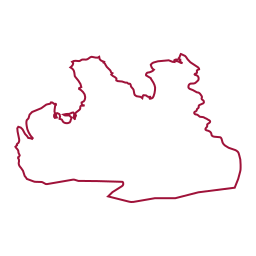 map outline of Norðurland vestra (Robinson projection)
{"feature_id": "ISL-697", "entity_name": "Norðurland vestra", "entity_type": "Region", "adm_level": 1, "iso_a3": "ISL", "parent_name": "Iceland", "parent_adm1": "", "projection": "robinson", "projection_center": [-19.727, 65.454], "detail": "fine", "context": "isolated", "style": "outline", "palette": "rose", "viewbox_px": 256, "rotation_deg": 0, "n_neighbors": 0, "source": "natural_earth", "source_scale": "10m", "svg_char_len": 5300}
<svg xmlns="http://www.w3.org/2000/svg" viewBox="0 0 256 256"><path d="M18.2,157.2L19.0,156.8L19.7,155.3L18.5,152.8L18.3,151.1L18.1,150.4L17.4,149.3L16.0,147.7L15.4,146.8L16.6,145.6L17.0,145.3L16.8,144.4L17.3,143.7L18.1,143.2L18.7,142.5L19.2,140.9L19.2,139.5L17.6,131.6L17.3,128.3L18.3,126.8L20.8,127.6L22.6,129.4L25.0,133.9L27.3,136.4L27.7,137.1L28.2,137.9L31.0,138.4L32.1,138.9L32.7,138.1L30.6,135.7L28.7,132.5L27.3,129.1L26.7,126.0L26.4,123.6L26.4,121.9L26.7,120.3L27.1,119.8L28.1,118.8L28.5,118.3L29.4,115.3L29.6,114.6L32.1,112.0L41.3,108.2L46.3,104.6L47.8,104.2L49.4,103.9L50.5,103.5L50.8,102.5L51.9,102.4L52.6,102.7L54.1,103.9L54.5,103.9L55.5,103.8L55.8,103.9L56.0,104.8L55.8,105.1L55.4,105.1L55.2,105.4L54.6,109.6L54.5,111.7L55.1,113.2L54.1,115.0L54.1,116.8L54.9,117.9L56.8,117.5L55.9,115.6L56.1,113.9L57.1,113.1L59.0,113.9L59.7,114.6L59.8,115.0L59.8,115.6L60.1,116.8L59.7,117.6L59.6,118.3L59.6,118.9L59.8,118.9L61.4,119.4L61.8,119.6L62.4,120.5L62.7,121.2L63.1,121.8L64.0,122.5L64.9,122.9L65.8,123.1L66.9,123.2L67.9,123.1L68.2,123.0L69.7,122.4L70.4,121.3L70.8,119.7L71.8,117.5L70.9,117.1L69.6,115.7L68.7,115.4L65.9,115.5L64.6,115.3L63.5,114.6L66.2,114.0L68.7,113.9L69.8,113.7L72.0,112.7L73.2,112.5L74.2,113.5L73.9,118.1L75.1,119.6L74.8,117.9L75.5,116.7L76.0,115.5L75.1,113.9L76.0,112.5L78.6,110.5L79.9,109.3L80.2,108.5L80.3,106.8L80.7,106.0L81.5,105.6L83.0,105.7L84.6,105.4L82.8,105.2L81.7,103.9L81.6,102.5L82.7,101.8L83.7,101.4L84.5,100.3L85.0,98.8L85.2,97.1L84.6,94.4L83.0,92.0L81.0,90.1L79.1,89.0L79.1,88.2L81.3,87.1L80.5,84.1L78.4,80.7L75.4,77.0L74.8,76.1L74.3,72.5L73.8,70.7L73.0,69.4L71.8,68.3L70.4,67.4L71.6,66.4L72.8,64.8L73.2,63.1L72.1,61.8L73.8,61.0L75.7,60.8L79.0,61.1L79.8,60.9L81.3,60.0L82.1,59.6L83.1,59.5L86.0,59.6L87.5,59.2L90.4,57.2L91.7,56.8L95.7,57.6L96.5,57.6L97.5,57.7L99.2,56.8L99.6,59.0L100.7,60.3L102.2,61.1L104.1,61.8L103.6,62.6L104.4,63.0L105.0,63.8L105.8,65.3L106.8,66.9L110.2,70.3L110.7,71.2L111.0,72.1L111.4,72.7L112.4,73.2L112.1,73.5L111.6,74.3L111.3,74.6L112.9,76.0L114.9,77.1L116.4,78.4L116.3,80.4L117.7,81.1L122.1,81.5L125.3,82.6L126.3,82.6L127.2,82.7L128.2,83.6L128.6,83.8L129.7,83.7L130.1,83.9L130.6,84.7L130.8,85.4L130.9,86.1L131.2,86.8L133.0,88.9L133.5,89.7L133.8,91.0L134.3,93.8L134.8,95.0L136.5,96.2L140.7,96.9L142.3,98.2L142.8,96.0L143.4,95.2L145.9,95.4L146.2,95.5L147.3,96.4L147.9,96.7L148.8,96.9L151.1,96.8L150.4,97.0L149.8,97.4L149.5,97.9L149.8,98.7L150.5,98.7L152.0,98.2L152.8,97.6L153.6,96.1L154.5,93.2L155.0,90.1L155.1,87.5L154.5,85.1L153.3,82.5L151.0,78.9L150.8,78.2L146.1,75.4L146.0,74.6L146.4,73.6L147.1,72.8L148.1,72.5L149.5,72.3L151.1,71.7L152.7,70.9L153.9,69.7L153.0,69.1L152.2,68.2L151.6,67.2L150.8,65.0L150.8,64.6L151.1,64.4L151.9,63.5L153.3,62.6L157.9,61.3L168.7,60.3L172.5,61.8L174.5,62.0L174.3,60.3L174.9,59.9L175.6,59.6L176.3,59.5L177.0,59.6L176.8,60.0L176.5,61.1L178.1,61.4L180.9,62.9L182.5,63.1L181.5,62.6L180.7,62.0L180.2,61.3L179.8,60.3L180.3,60.3L180.3,59.6L179.9,59.5L179.1,59.0L178.7,58.9L178.7,58.2L179.4,57.5L180.3,55.1L180.8,54.0L181.2,54.1L185.0,55.9L185.5,56.4L186.2,57.2L187.5,59.2L190.3,62.2L191.3,62.9L198.0,67.3L199.0,68.5L199.1,69.3L197.7,69.9L197.3,70.2L197.1,70.4L196.9,70.5L196.9,71.0L196.9,71.4L197.0,72.2L197.0,72.5L196.9,72.8L196.6,73.1L196.3,73.3L195.7,73.5L195.2,73.7L194.8,74.0L194.6,74.4L194.8,74.7L195.1,74.9L196.5,75.3L197.4,75.8L197.9,76.3L198.3,77.0L198.6,77.9L198.6,78.8L198.5,79.6L198.2,80.2L197.6,80.9L195.6,82.7L195.0,83.1L194.4,83.3L193.6,83.5L190.8,83.6L190.3,83.7L189.8,84.0L189.4,84.3L189.0,84.7L188.7,85.3L188.5,86.0L188.4,87.1L188.6,87.8L189.1,88.4L189.8,88.9L192.9,90.1L196.8,92.3L198.5,92.6L199.2,93.0L200.0,93.7L201.3,95.5L201.8,96.4L202.0,97.1L201.9,97.4L201.7,97.9L201.6,98.6L201.8,99.2L202.4,99.8L203.0,100.2L203.6,100.8L203.8,101.4L203.9,102.4L203.6,102.9L203.1,103.4L199.7,104.9L199.2,105.2L198.9,105.5L198.7,106.0L198.7,107.3L198.5,107.8L198.1,108.2L197.2,108.9L197.0,109.2L196.9,109.5L196.7,110.3L196.5,110.7L196.1,111.1L195.7,111.4L194.7,111.8L194.5,112.1L194.3,112.4L194.2,112.9L194.3,113.3L194.5,113.6L194.9,114.1L195.1,114.2L195.4,114.3L195.6,114.4L196.8,114.6L197.3,114.8L198.0,115.2L199.5,116.5L199.8,116.7L200.3,116.8L203.0,117.1L203.7,117.3L204.9,118.0L206.7,118.8L207.9,119.6L209.4,120.4L209.9,120.9L210.1,121.4L210.1,121.8L210.0,122.1L209.7,122.5L209.3,122.9L207.6,124.0L207.4,124.2L207.2,124.5L207.2,124.8L207.2,125.7L207.2,126.1L207.1,126.5L206.8,127.0L205.9,128.0L205.5,128.7L205.5,129.6L205.9,130.0L206.8,130.4L208.0,130.7L209.2,131.2L210.3,131.9L211.1,133.0L211.4,134.0L211.6,135.1L212.2,135.9L213.1,136.4L214.2,136.7L219.7,137.2L220.5,137.4L221.1,138.0L221.6,139.0L222.6,142.6L223.7,144.3L225.1,145.6L228.7,147.8L235.4,150.1L236.6,150.8L237.9,151.9L238.6,153.1L239.3,155.5L240.3,159.5L240.6,164.7L240.6,167.6L240.5,169.9L240.1,171.8L238.2,178.9L234.7,187.7L198.4,192.3L175.3,198.2L154.9,198.2L133.5,201.9L131.1,202.0L129.2,201.7L108.1,196.4L112.5,192.1L121.9,186.2L122.7,185.5L123.2,184.5L123.2,183.7L123.2,183.0L123.0,182.5L122.6,181.9L121.8,181.8L97.8,181.1L78.3,180.9L74.4,179.7L73.2,179.6L47.0,184.1L45.7,184.0L42.6,182.3L41.7,182.0L34.9,181.8L33.8,181.5L26.8,178.9L26.1,177.7L24.7,176.0L24.3,174.8L23.0,170.8L21.0,167.9L19.8,166.5L19.1,165.2L18.8,164.1L18.7,163.2L19.0,161.3L18.9,159.5L18.1,158.1L18.2,157.2Z" fill="none" stroke="#9f1239" stroke-width="2"/></svg>